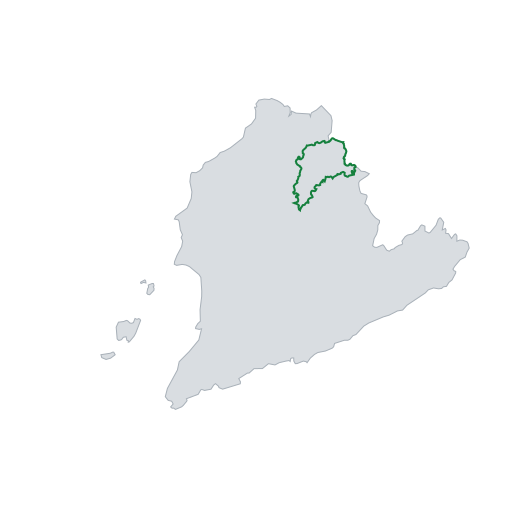 location of Badajoz within Spain, rotated 147°
{"feature_id": "ESP-5807", "entity_name": "Badajoz", "entity_type": "Autonomous Community", "adm_level": 1, "iso_a3": "ESP", "parent_name": "Spain", "parent_adm1": "", "projection": "robinson", "projection_center": [-5.947, 38.694], "detail": "fine", "context": "in_parent", "style": "outline", "palette": "green", "viewbox_px": 512, "rotation_deg": 147, "n_neighbors": 0, "source": "natural_earth", "source_scale": "10m", "svg_char_len": 9213}
<svg xmlns="http://www.w3.org/2000/svg" viewBox="0 0 512 512"><g transform="rotate(147 256 256)"><path d="M271.3,138.7L271.4,139.9L273.5,142.1L280.1,143.4L281.7,144.3L281.5,147.3L279.9,149.9L281.4,151.0L282.9,151.0L284.8,148.9L285.2,150.3L288.2,151.6L294.7,153.9L299.4,154.3L304.2,158.9L311.9,158.1L319.0,162.6L325.5,161.6L327.0,162.5L337.2,162.6L337.6,158.9L338.8,157.4L356.5,162.5L358.7,165.7L358.4,167.3L359.5,171.0L361.8,170.8L366.3,168.8L372.4,171.3L374.1,173.6L375.3,173.8L379.8,171.5L392.1,174.2L392.5,172.4L393.3,171.9L398.4,170.3L400.5,170.0L407.1,171.2L407.9,173.3L409.3,174.1L409.8,175.9L406.1,177.0L405.8,180.1L408.3,182.8L408.7,187.4L402.4,193.2L384.0,203.2L378.0,209.2L364.1,212.2L349.7,216.7L341.3,224.6L343.5,225.3L346.2,228.0L345.3,229.2L341.6,231.0L338.2,231.6L332.2,241.4L323.7,251.5L320.6,256.1L313.9,268.1L313.9,271.5L317.6,283.4L319.6,286.5L322.4,289.1L327.7,291.4L329.0,293.6L327.3,295.7L322.1,299.4L313.2,304.4L309.4,308.4L308.7,312.2L306.1,313.9L305.2,319.3L301.7,326.7L301.5,328.7L304.3,331.4L301.6,333.0L287.6,333.7L279.0,339.5L274.8,344.7L271.0,354.3L266.3,360.0L264.2,361.0L260.9,358.5L256.8,358.2L252.8,359.0L250.8,361.0L247.5,362.1L244.4,361.1L237.5,360.6L234.4,360.7L229.7,362.3L225.6,361.2L218.6,360.7L203.7,362.0L201.8,362.6L195.2,369.0L187.9,369.2L181.3,371.8L177.0,378.1L176.1,381.5L174.8,380.7L173.8,381.0L173.3,383.5L168.7,385.2L163.6,383.1L159.4,379.9L157.2,379.7L153.6,374.8L152.0,371.7L150.9,368.4L150.8,366.0L147.6,364.7L146.8,361.6L149.2,357.6L152.3,355.4L149.4,355.6L147.3,358.2L144.6,354.0L133.8,346.0L134.4,343.2L132.5,345.3L131.3,345.9L125.7,345.5L119.3,346.5L116.7,332.9L118.4,328.1L125.6,318.8L130.1,317.5L131.9,312.7L127.8,312.9L121.3,303.7L123.0,295.1L129.5,288.6L130.6,286.0L130.9,283.6L129.7,281.9L126.1,281.0L122.5,274.2L121.7,269.9L118.7,267.5L116.2,263.3L118.5,262.7L127.7,262.6L129.9,261.6L131.6,258.7L133.4,254.1L133.8,251.3L130.2,247.2L130.1,246.4L130.6,245.1L136.2,240.6L135.1,237.2L136.0,230.2L135.6,226.1L135.0,222.8L133.1,218.4L134.3,216.7L137.2,215.2L139.6,211.6L143.0,208.6L147.4,206.3L152.6,201.1L151.7,198.7L150.0,197.4L143.6,196.4L143.2,195.3L143.2,189.7L141.6,187.4L139.3,187.7L135.8,186.7L134.9,187.3L130.4,187.1L127.3,186.1L126.0,187.0L125.6,189.0L120.3,191.0L117.4,191.0L112.5,189.2L107.0,189.8L106.3,189.4L101.6,191.7L100.0,191.8L98.1,189.0L100.7,184.9L98.5,181.1L97.1,180.9L88.3,183.7L83.1,187.5L81.1,187.9L80.4,187.3L80.2,182.0L85.6,176.4L82.2,176.0L82.4,174.4L84.6,171.8L82.4,169.9L82.5,164.2L77.7,166.0L76.5,165.8L76.5,163.5L79.5,159.0L76.4,158.4L74.1,156.7L71.3,153.0L71.3,151.1L72.9,146.5L77.0,144.3L81.1,141.1L86.7,141.7L95.1,139.1L98.0,137.7L97.9,135.7L96.9,134.3L97.8,133.0L104.6,129.2L108.7,128.8L112.8,126.8L115.6,128.1L118.0,127.7L120.8,129.1L124.5,132.5L129.9,133.8L134.2,132.8L156.2,132.5L162.5,130.8L167.3,132.9L176.7,133.9L182.4,135.6L198.0,138.4L203.7,138.5L215.0,135.7L218.1,136.4L222.6,135.0L224.8,135.3L227.7,137.2L237.7,139.9L240.3,137.6L242.2,137.2L249.5,138.5L256.8,141.4L260.5,141.6L266.0,140.8L271.3,138.7ZM408.9,259.0L411.5,260.1L414.3,259.1L415.7,259.4L417.2,260.0L417.6,262.1L412.0,272.5L407.4,275.4L402.6,273.1L399.8,272.6L399.0,271.7L398.2,268.4L396.9,267.3L395.1,266.9L391.5,269.5L390.3,267.7L388.5,267.4L387.8,266.3L387.8,264.9L398.9,256.8L402.1,255.1L409.0,253.0L410.1,253.3L409.2,254.5L410.2,255.7L408.9,259.0ZM440.7,254.8L439.8,257.7L431.2,253.8L428.4,253.4L427.7,252.8L427.9,249.9L433.5,249.5L438.1,250.9L440.7,254.8ZM363.1,288.2L362.2,290.3L358.0,289.5L357.0,288.7L357.8,286.4L359.0,286.1L359.1,284.4L360.3,282.8L366.2,281.4L367.6,282.6L367.9,284.2L364.4,287.8L363.1,288.2ZM367.4,296.5L366.8,296.9L362.2,296.5L362.1,295.2L363.0,293.3L364.7,295.1L367.4,295.5L367.4,296.5Z" fill="#d9dde1" stroke="#a8b0b8" stroke-width="1"/><path d="M123.3,298.3L123.2,298.0L123.1,297.9L122.9,297.8L122.8,297.6L122.7,297.3L122.7,297.0L122.8,296.2L123.0,295.1L123.1,294.9L123.3,294.4L124.6,293.3L125.0,293.0L125.4,292.9L125.8,292.5L126.2,292.1L126.4,291.8L126.6,291.5L127.9,291.3L128.4,291.1L128.7,290.7L129.0,290.5L129.3,290.3L129.2,289.9L129.4,289.3L129.0,288.7L129.6,288.2L130.2,287.4L131.1,285.7L131.4,285.4L131.6,285.0L131.5,284.7L131.2,284.5L131.4,283.9L131.2,283.3L130.8,282.7L130.4,282.2L129.8,281.8L129.1,281.6L128.3,281.7L127.7,282.1L127.3,282.2L126.9,282.2L126.5,282.0L126.2,281.7L126.2,281.4L126.5,280.8L126.6,280.4L126.2,279.8L125.6,279.5L124.8,279.3L124.1,278.9L123.8,278.4L123.6,277.7L123.6,277.0L124.0,276.4L125.3,276.6L126.5,275.0L126.6,274.8L126.6,274.6L126.3,274.2L126.2,274.0L126.2,273.9L126.4,273.5L126.4,273.4L127.6,272.8L128.2,272.6L128.9,272.7L128.7,274.2L128.9,274.9L129.4,275.1L129.6,274.9L129.8,274.7L130.3,273.0L130.3,272.7L130.2,272.5L130.1,272.3L129.9,272.1L129.0,271.6L129.5,270.9L133.9,272.6L134.4,272.7L135.4,272.4L135.9,272.5L136.4,272.9L136.9,274.0L137.5,274.5L137.7,275.3L137.4,276.2L136.3,277.5L136.9,278.8L137.2,279.1L139.6,279.5L140.2,278.8L142.2,279.4L142.4,279.5L142.5,279.9L142.5,280.0L142.8,280.3L143.1,280.3L143.3,280.3L143.6,279.8L143.8,279.7L148.1,280.0L149.5,279.3L149.6,281.1L149.7,281.6L150.2,282.1L151.5,282.2L152.0,282.5L152.5,283.3L152.9,283.5L153.5,283.5L154.4,284.4L155.9,282.7L157.7,281.2L158.0,283.2L158.1,283.3L158.7,283.3L159.9,281.8L160.4,282.7L162.2,282.0L163.0,281.5L163.5,280.6L164.7,280.9L166.8,282.7L168.0,282.1L168.9,282.1L169.3,281.9L169.6,281.6L169.9,280.9L169.9,280.5L169.1,279.3L169.0,279.2L170.2,278.5L170.9,278.3L171.6,278.5L172.9,279.8L173.6,280.2L174.5,280.0L174.9,279.7L175.6,279.0L176.2,277.8L176.3,277.5L176.2,277.3L176.1,276.9L176.0,276.7L176.2,275.4L176.4,274.6L176.9,274.5L179.0,275.1L180.9,275.1L181.9,274.5L182.4,274.1L182.6,273.8L182.6,273.5L182.6,272.8L182.7,272.5L183.1,272.1L183.5,272.4L184.2,273.3L186.0,273.1L187.3,272.4L189.1,273.2L189.7,272.8L189.9,272.8L190.1,272.7L190.3,272.6L190.9,272.3L191.9,272.1L192.2,271.9L192.5,271.5L193.9,270.8L194.2,270.4L194.6,271.5L194.5,272.1L194.1,272.8L193.7,274.0L193.4,274.3L193.2,274.4L192.9,274.5L192.7,274.6L192.5,274.9L192.5,275.2L192.5,275.5L193.1,276.7L193.5,277.6L193.7,277.9L194.0,278.2L194.8,279.1L195.2,279.7L194.8,279.6L194.7,279.6L193.7,279.2L193.3,278.9L192.8,278.8L192.3,278.9L192.1,279.0L191.8,279.0L191.3,278.8L191.1,278.8L190.9,279.0L190.7,279.2L190.6,279.4L190.2,279.8L189.9,280.2L189.8,280.5L189.4,281.9L189.4,282.4L189.5,282.8L190.2,283.2L190.4,283.4L190.4,283.7L190.3,283.9L189.7,284.3L189.4,284.4L189.2,284.4L188.7,284.2L188.0,283.8L187.8,283.8L187.5,283.7L187.3,283.8L187.1,284.0L187.1,284.4L187.2,284.7L187.3,284.9L187.3,285.2L187.5,285.3L187.7,285.5L187.7,285.8L187.7,286.0L187.8,286.2L187.9,286.5L188.0,286.7L188.2,286.8L189.1,287.1L189.3,287.2L190.0,287.3L190.2,287.5L190.3,287.9L190.2,288.4L190.1,289.1L189.9,289.3L189.7,289.3L189.0,289.2L188.7,289.2L188.4,289.3L188.2,289.4L188.0,289.6L187.8,289.8L187.4,290.6L187.3,290.9L186.6,293.2L186.4,293.9L186.1,294.2L185.9,294.3L185.6,294.4L185.3,294.4L184.8,294.6L184.1,294.7L183.6,294.9L181.5,294.9L181.2,295.1L181.1,295.3L181.2,295.5L181.2,295.8L181.1,296.1L181.0,296.3L181.0,296.5L180.9,296.7L180.1,296.9L178.8,297.7L177.9,298.5L177.7,298.8L177.5,299.1L177.4,299.4L177.1,299.4L176.8,299.4L176.2,299.4L175.9,299.4L175.4,299.9L175.2,300.0L175.0,300.4L174.8,300.6L174.7,300.8L174.7,301.0L174.5,301.4L174.3,301.7L173.5,302.2L173.1,302.6L172.9,302.8L172.6,303.3L172.4,303.4L172.0,303.6L170.7,304.2L170.4,304.5L170.2,304.7L170.0,305.4L170.0,305.6L170.0,305.8L170.3,306.2L170.4,306.4L170.4,306.5L170.4,307.1L170.2,307.6L170.3,307.9L170.4,308.0L170.6,308.1L170.8,308.4L170.9,308.6L171.0,309.0L171.1,309.3L171.2,309.5L171.5,309.9L171.5,310.1L171.5,310.3L171.5,310.5L171.6,310.8L171.6,311.0L171.6,311.3L171.6,311.5L171.6,312.0L171.4,312.2L171.3,312.5L171.2,312.9L171.2,313.2L171.2,313.4L171.1,313.6L169.9,314.5L168.7,314.4L168.2,314.7L168.0,315.0L167.4,315.5L166.8,315.9L166.3,316.0L166.0,316.0L165.8,315.8L165.7,315.1L165.6,314.9L165.7,314.7L165.8,314.5L166.0,314.4L166.3,314.3L166.7,314.0L166.8,313.8L166.8,313.6L166.6,313.4L166.2,313.0L165.8,312.7L165.5,312.6L163.6,312.9L162.8,313.2L162.6,313.4L162.4,313.6L162.1,314.0L161.8,314.3L161.1,314.7L160.8,314.9L160.6,315.2L160.5,315.4L160.4,315.7L160.4,315.9L160.6,316.1L160.7,316.3L160.8,316.5L160.8,316.8L160.7,317.0L160.2,317.6L160.1,317.8L160.0,318.1L159.9,318.4L159.6,318.7L159.3,318.9L159.0,319.0L157.8,319.3L157.3,319.3L155.2,319.7L154.5,320.1L153.6,320.7L153.2,321.0L152.8,320.6L149.2,319.2L148.5,319.0L148.4,318.8L148.3,318.6L148.2,318.3L148.0,318.0L146.9,317.2L146.6,317.1L146.3,317.1L146.1,317.1L145.9,317.3L145.8,317.5L145.6,317.7L145.2,318.0L145.0,318.4L144.9,318.5L144.5,318.5L143.8,318.3L142.5,318.2L142.4,318.0L142.3,317.8L142.3,317.6L142.3,317.3L142.2,317.1L141.7,316.4L141.3,316.1L140.9,316.0L140.5,315.9L139.6,315.8L138.9,315.9L137.6,315.9L136.9,315.6L136.5,315.4L136.2,315.4L135.9,315.2L135.9,314.8L136.1,314.3L136.2,314.1L136.4,313.9L136.4,313.7L136.3,313.2L132.5,312.0L132.1,312.4L131.7,312.1L130.9,312.2L130.2,312.4L129.6,312.8L129.0,313.0L128.3,313.2L127.9,313.2L127.5,312.8L127.2,312.6L126.1,309.9L126.0,309.7L125.5,309.4L125.3,309.2L125.2,309.0L125.0,308.6L124.9,308.4L122.0,304.8L121.2,304.2L120.8,304.0L121.2,303.6L121.5,303.3L121.5,302.9L121.2,302.4L121.5,302.0L122.0,300.4L123.2,298.8L123.3,298.3Z" fill="none" stroke="#15803d" stroke-width="2"/></g></svg>